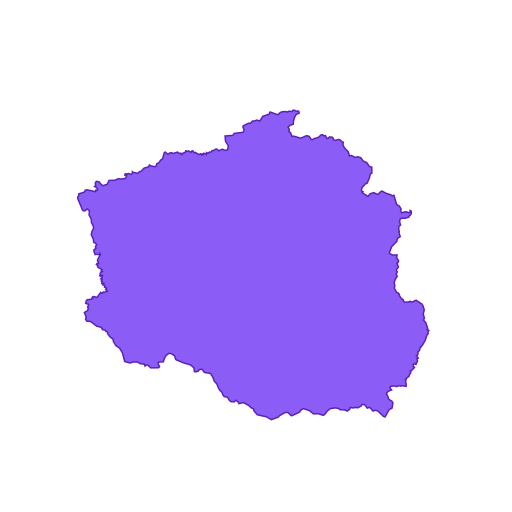 San Sebastián De Mariquita, Tolima, Colombia, rotated 198°
{"feature_id": "7082276B37284243870531", "entity_name": "San Sebastián De Mariquita", "entity_type": "district", "adm_level": 2, "iso_a3": "COL", "parent_name": "Colombia", "parent_adm1": "Tolima", "projection": "orthographic", "projection_center": [-74.901, 5.227], "detail": "fine", "context": "isolated", "style": "filled", "palette": "violet", "viewbox_px": 512, "rotation_deg": 198, "n_neighbors": 0, "source": "geoboundaries", "source_scale": "gbopen_adm2", "svg_char_len": 6100}
<svg xmlns="http://www.w3.org/2000/svg" viewBox="0 0 512 512"><g transform="rotate(198 256 256)"><path d="M83.5,142.8L81.9,151.1L79.6,153.4L80.4,158.6L81.9,159.9L85.3,160.7L87.4,163.5L89.5,165.3L88.6,168.1L85.6,170.5L88.0,172.0L87.7,173.6L84.4,175.2L82.0,175.2L79.9,177.0L78.2,176.9L77.0,177.8L72.9,178.4L73.8,181.1L74.7,182.0L75.1,184.8L75.8,185.0L73.2,189.2L73.4,190.8L72.7,192.9L73.7,194.4L72.9,194.8L70.8,198.9L72.4,199.8L72.9,201.9L72.0,202.4L70.8,202.2L70.2,202.7L70.7,203.8L70.1,204.3L70.0,206.1L71.2,207.8L70.1,209.0L72.6,210.7L71.7,211.7L71.8,213.6L72.5,214.6L71.3,216.7L71.6,219.9L70.9,220.4L71.0,221.3L70.2,222.4L69.0,228.1L69.0,233.4L68.2,235.4L69.0,236.6L68.6,238.6L70.7,238.8L70.2,239.9L73.8,245.0L76.9,246.8L76.6,248.8L79.1,252.7L79.3,256.7L81.9,260.4L83.4,261.6L90.1,263.4L93.1,260.6L93.9,260.2L95.4,260.6L96.9,259.3L100.4,258.0L102.0,258.9L102.4,259.9L104.8,260.6L107.2,262.5L107.9,263.9L109.4,264.8L110.9,264.8L114.5,268.1L114.8,270.9L116.3,273.0L116.4,276.6L115.4,280.3L116.7,281.6L117.1,282.8L116.7,284.5L117.8,285.3L118.2,286.7L117.1,289.6L119.8,292.7L118.8,293.9L118.9,295.6L121.7,297.7L122.2,300.6L126.0,299.2L129.8,299.6L130.1,300.3L129.9,306.7L126.7,313.2L126.8,316.5L124.8,319.0L127.0,321.8L127.3,323.7L128.3,324.9L129.3,328.4L128.1,330.1L130.1,333.0L130.3,335.6L129.4,336.8L126.0,337.9L122.7,340.1L122.7,341.4L121.9,342.3L121.4,344.4L122.3,346.7L123.5,346.8L122.8,345.6L124.0,344.4L126.8,344.5L127.2,343.9L127.9,344.0L129.6,343.1L130.1,342.2L131.1,342.3L132.5,343.7L132.5,345.5L135.0,347.7L138.2,348.5L143.6,356.4L145.1,355.3L146.8,355.9L151.5,355.8L156.2,356.7L157.2,355.9L158.8,352.5L160.0,352.1L163.6,352.7L166.7,350.4L168.0,347.3L174.5,349.0L174.1,350.2L175.5,350.4L176.1,351.3L176.3,353.8L174.4,358.1L172.8,359.7L172.3,365.5L172.6,369.3L171.4,370.6L173.4,376.3L175.9,376.2L179.6,379.1L183.3,379.4L186.8,381.9L190.1,381.8L192.0,380.4L196.4,381.1L198.1,380.1L200.4,383.6L205.0,386.0L207.6,388.4L208.2,391.2L209.2,391.0L211.6,392.3L213.2,392.5L216.6,390.3L218.2,390.7L219.6,392.4L220.8,392.5L223.0,391.9L223.8,390.2L225.1,389.8L227.2,392.0L228.5,391.3L230.4,392.0L231.8,391.0L232.8,388.8L235.1,386.7L236.7,386.0L238.2,384.1L239.6,384.0L242.4,386.2L245.1,386.1L249.9,381.8L257.0,381.7L258.7,380.9L261.4,384.1L263.2,384.4L263.5,386.8L265.3,388.3L264.0,390.8L261.2,392.9L261.9,395.1L262.2,399.8L261.5,403.1L259.1,405.2L260.0,406.8L261.0,406.9L262.3,406.1L264.8,406.5L266.0,406.0L266.3,404.5L269.2,404.0L270.8,402.5L272.2,402.6L275.2,401.5L277.2,400.1L278.9,397.1L287.1,397.3L287.4,394.9L292.7,391.0L294.1,385.6L297.3,385.5L299.0,384.0L301.1,383.3L302.2,380.5L304.1,380.0L308.2,376.1L308.4,374.8L306.2,372.0L306.2,370.4L307.0,369.4L314.6,365.9L315.4,363.5L322.5,360.6L320.5,355.7L316.4,352.3L315.9,348.9L316.6,347.4L318.9,346.9L320.9,347.2L323.9,344.6L326.4,345.6L327.5,345.1L328.7,343.3L330.4,342.7L330.7,341.0L332.5,340.4L333.2,338.9L335.1,339.1L334.7,337.2L337.4,337.6L337.5,336.3L338.7,336.5L338.8,335.3L340.4,336.1L341.1,335.0L343.4,335.1L345.6,335.8L346.9,335.1L348.5,336.5L349.4,336.1L349.8,334.5L352.7,335.1L353.7,334.3L355.2,334.4L355.4,332.7L357.2,331.3L357.8,329.4L358.7,329.6L359.2,330.6L361.4,329.7L362.7,330.6L366.5,327.9L368.1,328.2L369.9,327.3L371.2,325.5L374.5,326.8L375.2,325.7L374.9,319.6L376.3,317.7L377.2,314.7L378.8,313.2L378.8,310.8L379.3,309.9L383.0,309.2L385.5,309.6L385.8,307.5L389.6,305.0L391.5,301.0L392.7,300.4L394.1,298.1L398.4,297.6L399.6,298.0L399.2,296.6L399.8,295.0L403.1,295.0L403.6,294.2L405.7,293.8L405.7,292.4L404.2,292.8L403.8,292.1L404.4,289.2L408.3,287.4L410.6,287.1L413.7,284.4L419.1,282.5L419.6,278.4L423.0,275.7L425.2,276.1L428.0,278.0L430.6,277.8L431.3,276.8L431.2,275.0L430.2,273.7L431.0,272.2L428.7,271.9L427.1,270.0L427.5,269.2L428.7,269.1L428.5,267.6L437.5,266.7L438.8,265.6L439.0,263.7L443.8,260.3L443.2,259.0L443.8,256.8L443.4,255.7L435.3,246.2L434.4,245.7L432.7,246.0L430.9,248.7L428.4,247.4L427.4,243.3L424.3,240.5L422.7,236.8L420.2,234.4L419.0,232.4L419.6,228.6L419.3,225.4L416.0,221.9L414.6,218.8L412.7,218.7L410.9,217.3L411.7,215.5L410.6,213.8L412.0,211.9L411.9,210.8L409.4,207.6L407.9,208.5L405.2,208.8L405.4,210.3L404.5,209.6L405.5,203.4L405.0,201.9L403.8,201.2L403.4,200.3L404.9,199.6L405.2,198.6L403.6,198.1L403.3,196.8L402.4,196.3L398.4,195.5L398.7,194.4L397.3,193.7L398.8,192.6L398.4,188.9L397.7,188.6L396.8,190.1L396.0,190.1L395.9,187.7L396.6,186.3L395.1,186.2L395.5,184.5L394.3,184.1L394.3,182.4L392.3,182.9L393.0,181.3L390.6,181.2L390.5,179.6L388.2,179.3L388.7,177.6L386.5,176.6L387.8,175.3L390.1,174.6L390.8,172.8L392.5,173.4L394.4,167.5L398.0,167.3L398.9,166.4L398.3,165.4L398.9,165.4L398.9,164.1L402.9,162.4L403.6,161.2L403.3,158.3L400.4,158.3L399.9,157.5L400.5,155.8L399.2,154.0L399.4,152.0L401.8,149.2L398.6,145.4L398.6,143.2L396.7,141.7L393.0,142.6L385.7,140.0L381.2,140.4L379.3,138.5L376.8,138.9L375.3,137.9L373.9,138.0L373.0,136.2L369.6,133.8L366.1,132.7L365.3,130.7L361.5,127.4L357.4,126.3L353.1,122.6L348.3,115.1L342.8,115.3L339.9,117.3L336.3,118.5L332.7,117.9L328.6,118.5L327.5,117.0L326.8,118.3L325.3,118.8L321.4,117.1L314.2,119.6L313.5,120.9L315.8,123.4L316.0,124.4L314.8,125.5L311.5,126.6L311.3,131.3L310.5,134.1L308.7,136.5L306.2,137.0L302.4,135.8L300.8,133.2L299.8,132.6L292.2,132.0L284.7,132.2L280.5,130.5L279.2,127.5L278.2,126.9L275.5,128.4L274.6,130.6L272.2,131.6L269.1,129.3L264.2,130.1L262.6,129.9L259.5,127.3L257.0,124.0L253.9,122.4L250.9,118.8L248.8,117.0L246.5,116.0L243.8,113.0L242.7,112.5L239.5,112.9L236.9,110.6L235.0,109.7L231.7,110.5L230.7,112.5L228.0,111.7L226.5,110.3L222.8,112.7L216.7,111.6L213.7,110.1L211.4,110.0L210.1,108.1L205.7,105.4L196.4,106.3L190.8,105.1L184.9,109.8L184.4,111.3L180.0,116.1L177.3,117.0L173.5,115.1L172.5,115.2L166.4,120.9L165.5,123.6L163.7,125.5L157.5,125.5L152.6,123.6L147.9,125.3L142.9,125.2L141.8,126.3L140.4,130.4L138.2,133.8L133.2,136.2L130.1,136.4L128.3,135.8L124.4,137.0L121.3,136.7L119.5,139.2L119.5,141.1L116.2,141.6L115.2,142.5L112.3,143.1L109.4,146.1L109.4,147.4L108.7,147.9L106.5,148.0L103.2,145.7L101.6,146.9L100.5,146.9L96.8,144.7L94.8,146.2L92.4,146.3L85.1,142.8L83.5,142.8Z" fill="#8b5cf6" stroke="#5b21b6" stroke-width="1.5"/></g></svg>